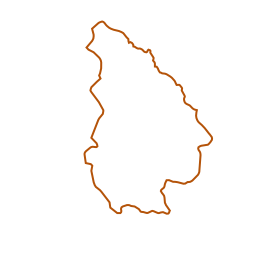 outline of Ouest, rotated 303°
{"feature_id": "CMR-798", "entity_name": "Ouest", "entity_type": "Province", "adm_level": 1, "iso_a3": "CMR", "parent_name": "Cameroon", "parent_adm1": "", "projection": "robinson", "projection_center": [10.725, 5.593], "detail": "fine", "context": "isolated", "style": "outline", "palette": "amber", "viewbox_px": 256, "rotation_deg": 303, "n_neighbors": 0, "source": "natural_earth", "source_scale": "10m", "svg_char_len": 2932}
<svg xmlns="http://www.w3.org/2000/svg" viewBox="0 0 256 256"><g transform="rotate(303 128 128)"><path d="M181.4,50.5L182.8,50.4L184.2,50.2L186.3,49.2L187.6,48.3L191.7,43.8L200.1,46.1L201.6,47.0L203.2,48.3L203.5,49.5L203.4,50.8L202.4,53.6L202.1,55.0L201.8,57.7L202.0,59.8L202.6,62.5L204.4,67.6L204.9,70.3L205.0,72.4L203.3,77.4L202.8,79.8L201.0,81.2L200.0,82.4L201.3,83.2L201.5,85.0L200.8,86.9L199.3,88.1L199.8,89.3L199.8,91.7L200.0,93.0L200.4,93.7L200.9,94.3L201.3,95.2L201.5,96.8L201.3,98.3L200.9,99.5L200.9,100.7L201.5,102.2L202.5,102.6L203.7,102.3L204.8,102.5L205.2,104.2L204.8,104.9L203.3,105.7L201.3,110.2L200.8,111.2L200.0,111.7L199.0,112.0L198.2,112.3L197.5,114.6L196.5,115.6L194.2,117.1L195.0,118.7L194.2,120.6L192.8,122.6L192.0,124.5L192.4,125.8L192.4,126.7L192.6,127.2L193.6,129.2L193.8,129.8L194.1,131.1L194.2,135.5L194.0,137.5L193.1,140.9L192.7,141.9L192.2,142.7L191.9,143.1L190.6,145.3L192.1,147.5L192.1,148.1L191.9,148.9L191.6,149.6L191.2,151.0L190.9,151.5L190.5,151.9L189.0,152.5L188.7,152.7L186.0,157.7L185.5,158.4L185.0,158.6L184.4,158.8L183.8,158.8L183.0,159.1L182.1,159.7L180.9,161.0L180.4,161.9L180.1,162.8L180.1,164.3L180.5,167.0L180.5,167.8L179.7,171.2L179.6,172.2L179.7,173.6L180.0,174.6L180.5,176.0L178.3,176.9L175.4,178.4L173.6,180.0L172.1,182.2L171.4,183.9L171.1,185.5L170.7,188.3L169.7,192.4L167.4,199.1L167.2,200.0L166.0,203.2L165.0,204.2L163.8,204.8L161.2,204.8L158.9,204.5L157.5,204.1L153.0,199.1L151.7,198.2L150.2,197.6L149.1,198.0L148.3,198.8L148.0,199.3L147.8,199.6L147.7,199.9L147.4,200.8L146.8,201.8L145.7,202.9L144.6,203.7L130.0,211.7L128.3,212.1L126.8,212.2L118.9,210.6L116.9,209.6L116.0,208.7L115.1,207.4L112.6,206.3L111.5,204.9L109.6,199.2L108.6,197.0L107.4,195.0L106.6,190.8L105.2,188.8L102.3,189.2L101.1,189.5L98.8,190.4L97.6,190.6L96.5,190.3L95.3,189.9L94.1,189.6L93.0,189.9L92.0,191.9L91.5,193.5L90.8,195.2L89.4,196.6L85.4,199.7L84.9,200.6L84.1,201.7L81.5,208.1L80.4,208.2L80.0,208.4L79.3,208.5L79.0,208.5L78.6,208.5L78.1,208.3L77.2,207.1L76.5,203.2L75.0,201.5L74.6,201.2L73.6,200.4L73.1,199.7L73.0,199.4L72.7,198.0L72.2,194.9L71.9,193.9L71.5,193.3L67.5,190.8L67.0,190.1L66.6,189.0L65.9,186.7L65.1,185.2L64.9,184.6L64.8,184.1L65.9,181.3L65.8,176.3L64.3,173.1L64.0,171.2L63.6,170.3L62.9,169.2L59.4,166.4L58.0,165.8L56.8,166.0L55.7,166.7L54.8,167.6L53.6,168.1L52.5,167.9L50.8,165.3L51.6,156.5L55.6,153.0L60.0,140.5L60.6,138.4L61.1,133.1L62.0,131.2L63.8,128.8L72.1,120.6L76.9,118.6L77.3,117.3L77.4,116.4L75.6,111.7L82.1,106.0L82.9,105.5L84.1,105.2L85.7,105.4L90.8,107.0L91.9,107.5L92.9,108.4L93.6,109.7L94.2,111.0L94.9,112.0L96.0,112.3L97.2,111.2L98.1,109.9L99.8,102.6L118.6,98.7L120.5,98.6L126.1,99.2L128.5,98.2L129.5,97.6L133.8,89.5L138.0,78.1L138.5,76.9L139.1,76.0L140.9,75.4L142.3,75.1L149.8,76.7L154.5,78.0L156.3,75.2L158.6,74.8L163.4,73.0L168.3,69.9L169.5,68.8L170.5,67.4L171.3,65.6L172.8,57.9L172.2,52.2L172.9,49.4L181.4,50.5Z" fill="none" stroke="#b45309" stroke-width="2"/></g></svg>